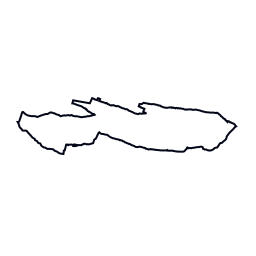 Contla de Juan Cuamatzi, Tlaxcala, Mexico, rotated 164°
{"feature_id": "50627088B55272636333464", "entity_name": "Contla de Juan Cuamatzi", "entity_type": "district", "adm_level": 2, "iso_a3": "MEX", "parent_name": "Mexico", "parent_adm1": "Tlaxcala", "projection": "mercator", "projection_center": [-98.137, 19.32], "detail": "fine", "context": "isolated", "style": "outline", "palette": "ink", "viewbox_px": 256, "rotation_deg": 164, "n_neighbors": 0, "source": "geoboundaries", "source_scale": "gbopen_adm2", "svg_char_len": 5865}
<svg xmlns="http://www.w3.org/2000/svg" viewBox="0 0 256 256"><g transform="rotate(164 128 128)"><path d="M33.0,110.4L33.9,111.3L34.4,112.7L35.3,113.6L35.8,115.0L36.6,116.0L37.2,117.2L37.7,117.5L38.2,118.1L38.6,117.9L39.3,118.3L40.4,118.5L41.2,119.1L45.0,120.2L45.9,120.7L47.2,121.1L49.1,121.9L51.1,123.1L52.4,123.8L54.3,125.2L56.3,126.1L57.1,126.7L58.0,127.1L59.2,127.2L60.0,127.5L60.8,127.6L61.4,127.9L61.9,128.4L63.9,129.0L65.1,129.3L65.9,129.3L66.4,129.6L67.0,129.6L67.1,129.8L67.8,129.9L68.7,130.4L69.6,131.2L70.5,131.5L71.0,131.8L71.6,132.0L71.9,132.4L72.4,132.4L73.3,132.7L73.9,133.2L74.1,133.2L74.8,133.1L75.3,133.7L76.2,134.1L76.8,134.1L77.0,133.9L77.9,134.6L78.9,134.8L79.1,135.3L80.2,135.3L80.7,136.0L81.8,136.0L82.6,136.4L84.9,136.6L86.6,137.3L88.5,138.3L89.5,139.2L90.2,139.6L90.9,140.6L91.3,140.9L92.5,141.2L93.5,142.2L95.0,142.8L95.9,143.5L97.0,144.0L99.0,144.4L101.0,145.4L101.5,145.4L102.1,146.0L102.8,146.2L103.4,146.7L104.7,147.1L106.0,147.9L107.4,147.5L107.7,147.3L108.3,147.3L109.0,147.4L110.3,147.9L111.7,145.9L111.4,145.6L110.6,145.1L110.5,144.7L109.9,144.1L109.5,144.1L109.3,143.7L108.2,142.8L107.3,142.3L106.9,141.9L108.9,139.4L108.9,138.9L107.2,138.0L106.9,137.6L106.9,137.2L107.5,137.2L108.6,137.6L109.1,137.6L109.7,137.8L111.2,138.0L112.8,138.8L113.3,138.8L113.9,138.5L114.5,138.6L117.6,140.3L119.4,142.1L122.8,144.8L123.1,145.6L123.5,146.1L124.2,146.5L125.3,146.7L126.7,148.0L128.4,148.9L129.2,149.9L129.9,150.2L130.8,151.3L131.7,151.8L132.1,151.9L132.4,152.2L133.1,152.1L133.4,152.2L135.1,153.4L135.4,153.9L136.5,154.0L137.2,154.4L138.1,154.3L138.4,154.4L140.0,156.0L140.9,156.6L141.1,157.2L141.8,158.0L142.2,157.8L142.5,157.8L142.9,158.3L143.3,158.6L145.2,159.9L145.5,159.9L146.0,160.4L147.2,161.2L147.4,161.4L148.0,161.7L148.3,162.0L146.8,163.5L147.9,164.5L148.2,164.2L148.9,164.8L150.1,163.3L151.9,164.5L152.2,164.7L152.1,164.9L152.2,165.0L154.2,166.6L157.9,162.3L173.1,169.7L174.7,167.0L174.1,166.8L173.3,166.3L171.4,164.9L170.3,164.0L167.2,162.0L166.0,160.9L165.3,159.9L164.3,158.9L163.6,158.7L163.4,158.4L163.5,157.8L163.1,157.3L162.7,157.2L162.6,156.7L162.3,156.2L162.1,155.5L161.8,155.3L161.2,154.4L160.7,154.3L158.2,151.3L157.8,151.0L157.1,151.0L156.5,150.2L156.4,149.9L161.3,150.0L162.2,150.1L163.6,150.5L165.6,150.5L166.8,150.8L168.0,151.0L168.9,151.0L170.5,151.5L171.4,152.1L173.1,152.9L174.1,153.5L175.3,153.7L176.9,154.5L178.1,155.3L178.5,156.0L180.6,156.0L180.9,156.4L181.7,156.8L182.7,156.9L183.6,157.1L184.9,157.2L185.7,157.7L186.4,157.8L189.8,158.0L190.6,159.3L192.3,160.4L193.4,161.1L194.6,162.4L195.2,162.5L196.6,163.6L198.0,164.3L198.8,164.3L201.4,163.6L203.5,164.1L207.6,164.0L209.9,163.8L210.7,163.7L212.3,163.6L213.1,164.4L213.8,164.8L215.7,165.5L217.7,166.1L220.2,167.3L222.4,169.1L223.7,171.0L224.3,172.2L224.6,172.4L225.2,172.4L225.6,172.0L227.8,168.6L230.8,164.3L231.4,163.9L232.4,164.2L232.0,162.3L231.9,160.8L232.0,159.5L231.9,158.8L231.6,158.0L230.9,156.9L230.5,156.0L230.3,155.1L230.1,154.7L229.5,154.4L227.1,153.7L226.5,153.4L226.0,152.8L225.4,151.2L223.6,147.7L222.5,145.2L220.7,143.3L220.7,142.0L219.0,140.4L218.8,140.0L218.7,139.0L218.5,138.6L217.8,137.9L216.9,137.6L216.7,137.3L216.3,136.2L216.3,135.3L216.2,134.9L214.6,132.8L214.3,132.6L213.1,132.0L212.1,130.9L210.8,129.9L210.5,129.9L209.5,129.7L205.9,128.2L205.5,127.7L205.3,127.2L204.6,126.2L202.6,124.7L201.7,123.4L201.3,123.0L200.7,122.5L199.0,121.5L198.2,121.3L197.3,120.8L197.1,120.9L197.2,121.4L196.7,122.0L196.2,123.1L195.9,124.0L195.0,123.9L192.0,129.1L191.7,129.1L191.3,129.0L190.5,128.1L190.1,128.0L189.7,128.4L188.7,128.0L187.0,127.7L186.5,127.5L186.1,127.1L185.8,125.8L185.5,125.6L184.3,125.4L183.6,125.1L183.2,125.1L183.4,125.3L184.2,125.6L184.4,125.8L184.5,126.1L184.2,126.6L184.5,127.0L184.4,127.1L183.6,126.6L182.8,126.4L180.7,125.2L179.7,125.1L177.9,124.4L177.7,124.5L176.0,124.6L175.4,125.0L174.9,124.8L174.4,124.8L174.1,124.9L172.8,124.2L172.2,123.6L171.2,123.6L170.2,123.1L169.6,123.0L167.5,123.1L166.2,123.0L165.7,123.0L163.7,126.0L163.2,126.3L162.1,126.5L161.9,126.6L160.6,128.0L159.2,129.7L157.7,131.3L156.8,131.8L156.1,130.5L154.8,129.5L153.3,129.0L152.0,128.1L150.0,127.2L149.6,126.9L148.6,125.4L147.6,124.2L145.5,122.4L144.2,121.8L141.9,120.3L140.5,119.7L140.3,119.4L139.5,119.0L139.2,118.5L138.6,118.5L137.9,117.8L136.9,117.4L136.5,116.7L136.0,116.4L135.7,116.1L135.2,115.7L135.0,115.2L133.7,114.3L133.4,113.9L133.0,113.7L132.2,113.1L131.7,112.5L131.3,112.3L130.8,112.3L130.3,111.8L130.1,111.4L129.5,110.8L126.8,108.8L126.5,108.4L126.0,107.8L124.5,107.1L123.2,106.9L122.1,107.0L121.4,106.4L120.4,106.1L119.2,105.2L117.1,104.1L116.8,103.3L115.8,103.0L115.2,102.4L114.6,102.2L114.3,101.7L113.7,101.8L112.7,101.5L112.2,101.5L112.0,101.2L111.0,101.1L110.8,100.8L110.5,100.7L109.6,100.5L109.5,100.3L109.3,100.2L108.0,99.7L107.4,99.3L107.1,99.3L106.1,98.8L105.4,98.6L102.4,97.3L101.8,97.3L100.2,96.6L97.6,96.1L97.0,95.6L96.7,95.6L96.3,95.9L96.0,95.4L95.7,95.1L94.6,94.9L94.1,94.6L93.6,94.5L93.1,94.5L92.6,94.4L91.9,93.9L91.0,93.8L90.4,93.2L89.6,93.0L89.1,92.6L88.7,92.4L87.7,92.1L86.7,91.5L86.0,91.5L85.2,91.1L82.1,90.2L80.9,90.0L79.9,90.3L78.4,91.4L77.7,91.5L77.4,91.7L76.6,92.9L76.1,92.9L75.7,92.1L75.1,91.8L74.2,91.8L72.8,91.1L71.7,91.2L69.4,90.7L69.0,90.8L67.8,90.7L64.8,90.1L63.1,90.0L61.9,89.4L61.5,89.0L61.6,87.6L61.5,87.2L60.7,86.8L60.6,86.5L60.3,86.2L59.0,85.8L58.5,85.6L58.1,85.1L56.9,84.2L56.4,84.3L55.2,83.6L54.6,83.7L53.9,83.6L52.3,83.8L50.3,84.8L49.6,84.9L47.6,84.7L43.8,87.9L43.5,88.0L42.0,87.8L37.1,90.1L36.4,90.8L35.4,92.7L32.0,95.3L30.4,96.2L27.2,97.9L25.1,99.3L23.6,99.8L23.8,100.1L24.5,101.9L25.1,102.9L26.8,104.2L27.3,104.9L28.2,105.1L28.7,105.7L28.8,106.0L29.0,106.0L29.3,106.2L29.3,106.3L29.0,106.4L29.2,106.7L29.9,106.9L30.5,107.3L30.8,107.2L31.0,106.8L31.4,107.7L32.0,108.3L32.1,108.6L32.0,109.0L32.3,109.3L32.3,109.7L32.8,110.0L33.0,110.4Z" fill="none" stroke="#020617" stroke-width="2"/></g></svg>